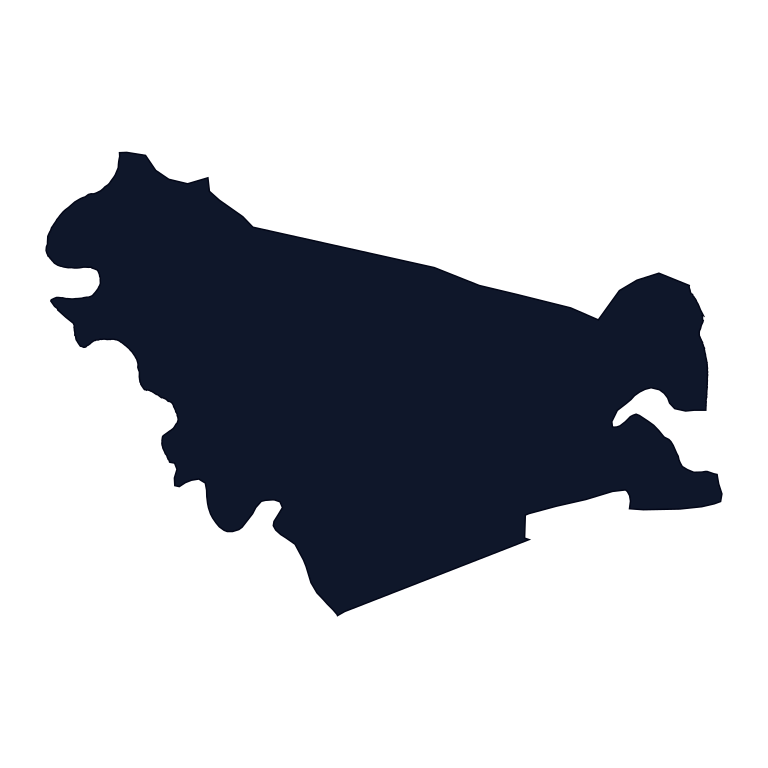 Cabiche/Babonneau, Castries, Saint Lucia (orthographic projection)
{"feature_id": "8701671B82490011784618", "entity_name": "Cabiche/Babonneau", "entity_type": "district", "adm_level": 2, "iso_a3": "LCA", "parent_name": "Saint Lucia", "parent_adm1": "Castries", "projection": "orthographic", "projection_center": [-60.956, 14.006], "detail": "fine", "context": "isolated", "style": "filled", "palette": "ink", "viewbox_px": 768, "rotation_deg": 0, "n_neighbors": 0, "source": "geoboundaries", "source_scale": "gbopen_adm2", "svg_char_len": 5987}
<svg xmlns="http://www.w3.org/2000/svg" viewBox="0 0 768 768"><path d="M337.5,615.6L344.7,611.5L529.0,539.6L524.6,538.1L525.3,515.1L528.9,513.6L556.3,506.2L585.8,499.5L612.5,491.4L625.5,489.9L627.4,491.5L629.6,495.6L630.5,501.1L629.5,508.7L643.4,509.7L679.8,509.0L701.8,506.7L714.3,503.8L720.6,501.5L721.9,493.9L718.7,484.0L717.5,477.1L717.1,474.5L713.9,473.8L707.2,471.5L705.3,471.5L701.9,472.1L693.8,472.3L687.3,469.6L683.4,467.2L682.3,466.6L680.9,464.1L679.9,462.2L678.9,459.6L678.2,456.2L676.6,453.2L673.2,445.4L670.9,441.6L668.9,439.5L664.3,437.2L663.1,435.9L658.7,430.5L653.7,425.3L648.3,421.4L639.4,415.5L636.1,414.2L633.2,415.2L630.3,416.7L627.8,419.3L625.3,421.8L620.0,425.9L616.8,427.0L613.9,427.2L612.4,426.8L611.8,421.6L617.3,410.4L626.2,403.5L631.0,399.5L634.5,395.6L639.6,392.0L645.0,389.3L651.1,387.7L659.4,389.7L664.2,393.3L667.7,397.9L669.6,403.1L674.7,408.6L685.6,411.0L694.1,410.2L705.8,410.2L705.9,406.9L706.1,405.0L705.9,404.3L706.1,403.3L706.2,401.2L705.9,400.5L706.2,399.3L706.2,398.6L706.7,397.3L706.7,396.7L706.5,395.4L706.8,394.5L706.8,393.7L706.7,393.1L706.8,391.2L706.8,390.5L707.0,389.6L707.0,388.7L707.3,387.2L707.0,385.3L707.3,384.4L707.2,383.1L707.4,380.0L707.2,379.3L707.4,377.1L707.4,376.2L707.7,374.9L707.3,374.0L707.6,372.3L707.6,371.6L707.3,370.5L707.3,369.5L707.5,368.6L707.3,366.8L707.2,366.1L707.2,364.6L707.0,363.9L707.1,362.5L706.7,361.7L706.4,359.6L705.6,356.1L705.5,354.7L704.8,352.0L704.6,350.6L704.3,349.7L704.5,348.2L703.8,347.1L703.0,344.5L702.5,343.9L702.6,342.7L702.4,342.2L701.3,340.3L701.1,339.5L700.5,338.5L699.9,336.8L699.4,336.1L699.2,333.8L699.3,331.6L699.6,330.5L700.3,329.1L700.6,328.2L701.2,325.7L701.7,324.5L702.8,322.2L702.9,321.5L703.3,320.7L702.5,319.4L702.5,317.4L702.3,316.1L702.0,315.5L702.8,315.3L703.4,315.6L700.4,309.8L698.8,305.8L697.8,303.6L697.3,302.9L697.0,302.3L696.5,301.4L696.2,300.4L695.1,298.6L694.4,297.8L693.8,296.7L693.0,296.1L692.8,295.2L692.5,294.4L691.8,294.1L691.0,293.6L690.3,291.7L690.0,290.0L689.4,288.3L689.1,286.9L689.3,285.5L658.9,273.2L636.9,280.2L619.4,290.6L598.3,319.9L570.7,307.9L517.0,294.5L479.3,285.5L434.3,267.6L252.9,227.2L242.8,216.7L219.5,200.3L209.4,191.3L207.9,177.8L187.6,183.8L168.8,179.3L155.7,170.4L145.5,155.4L126.7,152.4L119.5,152.7L119.7,156.5L119.1,159.4L118.7,161.9L118.4,165.0L118.4,166.0L118.2,167.9L115.3,174.8L114.6,176.0L113.6,177.5L111.1,180.9L109.5,183.3L107.9,184.9L104.9,186.9L103.3,188.6L100.7,190.8L98.5,191.9L96.5,192.9L94.6,193.6L93.3,193.9L91.1,193.8L88.4,194.5L85.2,196.9L82.7,197.7L80.4,198.7L78.0,200.1L74.8,202.0L71.1,205.2L68.5,207.5L65.4,209.8L63.2,211.8L60.0,215.5L58.5,217.6L56.9,219.5L56.0,221.2L54.7,223.1L53.9,224.2L52.8,226.0L51.6,227.6L50.6,230.6L49.8,231.9L48.9,233.8L47.8,236.3L47.5,242.1L47.5,244.2L46.6,246.3L46.4,247.0L46.1,250.5L46.9,253.2L47.6,254.6L48.0,256.0L49.3,257.0L50.4,258.7L51.2,259.3L52.1,260.6L53.0,261.4L53.9,262.6L54.5,263.2L56.0,264.1L57.8,265.2L59.3,265.7L60.3,266.1L61.7,266.3L63.4,266.9L66.3,267.4L68.1,267.7L71.5,267.6L74.4,268.0L76.9,268.0L79.4,267.8L81.4,267.5L83.6,267.1L85.5,267.1L88.5,267.3L91.5,267.2L91.9,268.0L93.9,268.6L97.1,269.9L98.1,271.2L98.9,273.1L99.5,274.7L99.7,276.4L100.4,278.2L100.2,279.0L100.4,283.4L99.7,285.5L98.6,287.3L98.3,288.3L95.9,291.6L95.1,292.6L93.9,293.9L93.0,295.0L92.1,295.8L90.3,296.6L89.4,296.9L88.5,297.2L86.8,297.2L83.7,297.7L82.0,298.2L77.3,298.6L76.0,298.6L73.6,298.9L72.0,299.0L67.3,298.6L66.6,298.7L64.5,298.3L62.7,297.8L61.2,297.8L58.4,297.5L56.5,297.5L54.2,298.4L51.3,299.8L50.8,301.0L54.6,306.4L57.5,308.6L57.7,309.9L65.8,317.2L72.8,322.8L73.3,323.2L74.4,325.9L74.0,327.2L74.3,328.6L74.4,330.4L74.7,331.8L74.9,333.0L74.8,335.3L75.8,336.4L75.7,337.0L75.9,338.4L76.2,339.8L76.9,340.8L78.4,343.3L80.4,346.2L81.2,346.2L82.8,346.9L83.7,347.3L85.0,347.2L86.1,346.7L86.5,346.0L87.1,345.6L88.0,345.2L88.7,344.8L89.2,344.3L90.2,343.7L91.1,342.7L92.4,341.8L93.2,341.2L94.2,340.6L95.2,340.5L96.2,339.9L98.5,339.9L99.6,339.4L100.5,339.2L101.2,339.4L103.5,339.1L105.0,339.1L106.4,339.4L107.8,339.5L109.2,339.3L110.1,339.5L111.3,339.2L113.8,339.2L115.7,339.7L116.8,339.8L117.8,340.2L119.3,340.9L120.3,341.6L121.1,342.3L121.9,342.6L122.6,343.2L123.5,343.9L124.9,345.1L125.9,345.8L127.9,347.6L128.7,348.2L129.6,349.2L130.0,349.8L130.6,350.5L131.3,351.1L131.9,351.7L135.2,356.5L135.6,357.5L136.7,359.2L137.3,361.1L137.8,362.8L138.1,364.4L138.0,365.1L138.0,366.0L137.8,367.1L138.0,368.0L138.8,370.5L139.4,371.8L139.4,374.4L139.3,376.9L139.5,378.1L139.6,379.3L139.9,380.8L139.9,381.4L140.2,382.4L140.8,383.2L140.8,384.2L142.1,386.3L143.0,387.5L143.3,388.1L144.4,389.5L145.0,389.8L146.1,389.7L146.5,390.2L147.2,389.8L148.5,390.2L149.1,390.1L150.1,390.8L151.0,391.2L151.7,391.3L152.6,392.0L153.4,392.3L154.6,393.3L155.8,393.9L156.2,394.4L157.5,394.6L161.5,397.7L162.2,397.5L165.7,399.0L166.7,399.8L167.1,400.2L168.2,401.3L169.8,401.5L171.2,402.3L171.7,402.7L172.5,403.7L173.0,404.5L173.5,405.6L173.7,406.8L174.3,407.6L174.8,408.9L175.4,409.9L175.8,411.9L176.6,412.9L177.2,414.3L177.2,415.6L177.9,417.3L178.0,418.1L178.2,420.0L177.8,421.0L177.3,422.8L176.0,424.2L175.5,425.1L174.1,427.4L173.2,428.5L170.9,430.3L169.6,431.1L167.2,432.9L164.1,435.1L162.9,436.1L162.5,436.9L162.0,440.4L162.1,441.5L161.9,443.4L162.1,445.1L162.5,446.2L162.9,448.2L164.7,452.0L165.3,453.7L166.6,455.2L167.1,456.4L167.2,457.0L167.8,458.2L167.9,458.7L168.3,459.5L169.1,460.2L169.6,462.1L170.2,462.3L174.6,463.1L177.0,469.3L174.4,478.0L174.8,485.6L179.3,486.6L185.4,482.6L191.5,480.2L198.9,479.0L201.1,480.5L205.3,483.0L206.6,490.1L206.8,496.5L207.6,503.3L208.5,507.8L210.5,513.8L212.7,518.0L216.0,522.8L219.3,526.8L224.1,530.3L227.2,531.5L232.6,531.5L238.8,529.6L242.1,527.2L252.6,513.7L255.8,507.5L261.3,501.3L265.5,500.3L272.8,499.8L274.5,499.9L280.0,501.8L282.5,507.6L278.4,514.4L274.0,521.4L273.3,525.7L275.7,530.0L280.7,534.5L286.0,537.9L295.0,544.2L303.5,560.0L306.1,566.5L311.0,582.7L317.0,592.9L323.4,599.6L327.4,604.1L332.9,609.6L337.1,614.5L337.5,615.6Z" fill="#0f172a" stroke="#020617" stroke-width="1.5"/></svg>